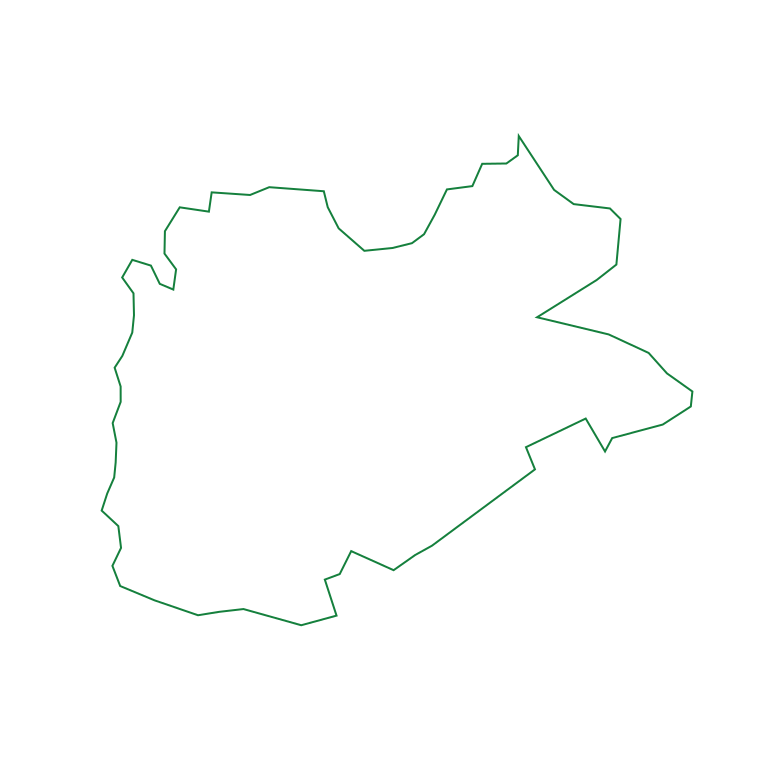 Cerro Grande, Rio Grande do Sul, Brazil (orthographic projection), rotated 349°
{"feature_id": "56859067B54917241472835", "entity_name": "Cerro Grande", "entity_type": "district", "adm_level": 2, "iso_a3": "BRA", "parent_name": "Brazil", "parent_adm1": "Rio Grande do Sul", "projection": "orthographic", "projection_center": [-53.164, -27.629], "detail": "fine", "context": "isolated", "style": "outline", "palette": "green", "viewbox_px": 768, "rotation_deg": 349, "n_neighbors": 0, "source": "geoboundaries", "source_scale": "gbopen_adm2", "svg_char_len": 1060}
<svg xmlns="http://www.w3.org/2000/svg" viewBox="0 0 768 768"><g transform="rotate(349 384 384)"><path d="M563.6,166.3L559.0,185.0L546.2,190.9L522.4,186.6L508.5,206.6L482.9,205.0L466.1,227.5L451.9,244.6L438.3,251.1L418.2,252.1L390.1,249.5L369.2,222.6L362.5,199.7L361.7,183.3L308.9,168.9L288.6,172.9L251.4,163.0L245.0,181.4L217.2,171.6L198.1,192.2L193.4,214.1L201.8,231.8L195.2,251.1L183.0,242.9L177.8,223.3L160.6,214.1L147.3,229.5L155.4,247.2L151.7,268.8L146.7,285.5L132.5,306.5L122.7,316.6L125.0,336.2L122.1,351.3L110.2,370.6L110.2,390.6L105.6,409.9L101.3,424.3L91.4,438.7L82.7,454.4L96.1,472.8L94.6,494.7L82.7,510.7L86.5,532.0L117.5,552.6L157.3,575.5L178.7,576.2L203.1,578.1L256.7,605.0L293.2,602.3L288.6,564.7L304.3,562.1L319.9,541.8L357.9,568.6L382.0,557.8L400.2,551.9L515.9,496.6L511.3,473.1L575.4,456.4L588.1,492.4L597.7,480.6L649.9,477.0L680.9,464.6L685.3,450.2L663.8,427.6L649.7,404.0L614.0,378.2L547.0,347.7L612.6,322.5L634.9,311.1L647.7,267.2L639.3,254.8L604.5,243.6L588.0,225.9L563.6,166.3Z" fill="none" stroke="#15803d" stroke-width="2"/></g></svg>